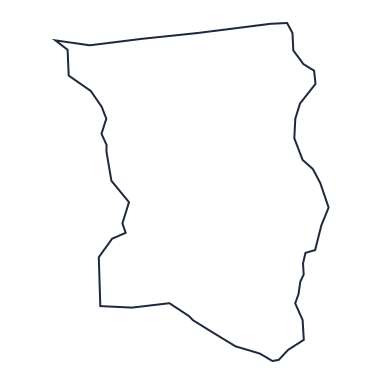 outline of Wayi, Lac, Chad
{"feature_id": "50815135B86238137663719", "entity_name": "Wayi", "entity_type": "district", "adm_level": 2, "iso_a3": "TCD", "parent_name": "Chad", "parent_adm1": "Lac", "projection": "mercator", "projection_center": [15.256, 13.3], "detail": "fine", "context": "isolated", "style": "outline", "palette": "slate", "viewbox_px": 384, "rotation_deg": 0, "n_neighbors": 0, "source": "geoboundaries", "source_scale": "gbopen_adm2", "svg_char_len": 767}
<svg xmlns="http://www.w3.org/2000/svg" viewBox="0 0 384 384"><path d="M328.6,207.5L320.3,183.1L312.9,169.1L302.6,159.9L294.3,138.2L295.3,118.7L300.0,103.5L315.5,83.9L314.1,70.7L303.4,64.1L293.3,50.4L292.5,33.1L287.1,23.0L270.5,23.8L197.6,33.0L142.1,38.8L89.7,45.3L55.4,40.4L67.6,49.8L68.7,75.6L90.8,91.0L101.7,106.8L106.3,118.7L101.5,133.8L106.6,145.0L106.4,151.3L111.4,180.8L129.0,202.2L122.4,223.4L125.7,232.8L112.1,238.7L98.8,257.2L100.3,306.1L132.1,307.6L169.4,303.2L189.0,316.1L193.1,320.3L210.8,331.3L235.4,346.3L259.9,353.6L272.4,361.0L278.7,359.9L288.2,349.8L303.8,339.8L302.6,320.0L295.2,303.3L298.5,294.2L300.3,281.6L303.7,274.5L303.0,263.5L305.5,252.8L315.1,250.1L321.4,225.2L326.3,213.3L328.6,207.5Z" fill="none" stroke="#1e293b" stroke-width="2"/></svg>